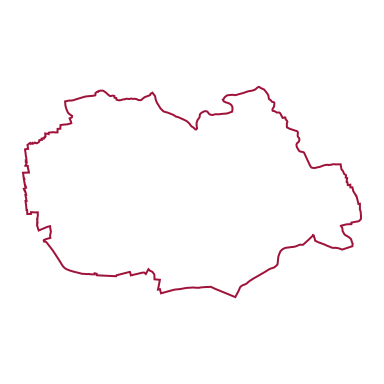 outline of Sawaeng Ha, Ang Thong, Thailand
{"feature_id": "78962969B63789793815437", "entity_name": "Sawaeng Ha", "entity_type": "district", "adm_level": 2, "iso_a3": "THA", "parent_name": "Thailand", "parent_adm1": "Ang Thong", "projection": "albers", "projection_center": [100.286, 14.749], "detail": "fine", "context": "isolated", "style": "outline", "palette": "rose", "viewbox_px": 384, "rotation_deg": 0, "n_neighbors": 0, "source": "geoboundaries", "source_scale": "gbopen_adm2", "svg_char_len": 5836}
<svg xmlns="http://www.w3.org/2000/svg" viewBox="0 0 384 384"><path d="M25.1,149.3L25.1,150.4L25.5,152.5L25.8,155.5L26.3,157.9L26.4,158.7L26.5,161.2L25.8,160.8L25.8,162.2L26.0,162.4L26.7,162.5L26.4,163.7L25.4,165.7L27.8,166.0L27.8,167.2L27.9,167.8L28.9,171.9L28.5,172.1L28.7,172.6L23.0,172.7L23.3,174.3L23.4,176.3L24.3,178.8L23.8,178.8L25.0,185.5L25.3,185.3L26.1,187.7L23.8,188.8L24.8,191.1L25.1,190.9L26.2,194.8L25.4,194.9L26.3,199.5L26.6,200.9L25.5,201.0L26.2,206.1L26.5,210.0L27.1,210.0L27.3,214.0L31.1,213.9L31.1,212.1L36.4,212.5L36.7,212.3L37.8,212.3L37.8,215.8L37.5,217.6L37.4,219.3L37.1,219.3L37.5,222.5L37.1,222.5L37.3,225.5L37.1,225.5L38.7,230.5L45.8,227.5L47.0,226.9L50.1,226.2L50.2,227.7L50.9,231.7L50.2,234.8L50.1,236.1L50.3,238.0L48.5,238.4L46.1,239.1L43.9,240.0L43.7,240.3L44.1,241.6L45.3,241.6L45.7,241.8L46.2,242.1L46.7,242.6L52.9,250.6L60.3,262.0L61.8,264.6L63.3,266.7L64.7,268.0L65.5,268.6L66.8,269.3L68.9,270.2L72.7,271.4L82.6,273.9L84.7,273.9L86.4,274.1L89.1,274.0L90.6,274.3L94.5,274.3L94.6,273.3L95.4,273.4L96.8,273.9L96.7,275.1L96.9,275.3L115.9,276.2L116.2,276.2L116.5,275.3L116.7,275.2L129.8,271.9L130.0,272.0L130.9,275.4L142.6,272.6L144.3,272.6L145.8,274.0L148.5,269.2L149.8,270.6L152.3,271.8L152.6,272.1L154.1,274.1L154.4,275.2L154.5,279.3L159.9,279.8L158.0,289.6L159.9,289.1L161.0,293.3L174.2,289.7L176.7,289.4L179.9,289.1L186.6,287.9L193.3,287.5L195.4,287.7L198.8,287.8L201.1,287.4L204.8,287.1L209.9,286.9L210.8,286.8L215.3,288.9L235.3,297.1L238.5,291.1L240.1,287.3L241.4,286.0L242.5,285.3L245.4,284.2L246.6,283.6L248.1,282.2L249.9,280.8L253.5,278.5L264.5,272.2L269.8,268.9L274.1,267.5L276.1,265.9L277.4,264.5L277.6,263.6L278.3,257.1L278.7,255.6L279.5,253.4L280.5,251.2L281.7,250.0L282.5,249.3L283.8,248.6L285.0,248.0L285.9,247.8L289.0,247.4L291.0,247.1L293.4,246.9L295.4,246.5L299.6,244.8L300.6,244.7L302.6,244.8L303.1,244.7L308.2,240.1L312.7,235.8L312.9,235.1L313.7,235.4L313.9,235.7L314.1,237.1L314.2,237.5L314.6,238.0L315.0,240.2L315.1,240.6L315.5,240.9L318.5,242.3L324.7,244.6L327.0,245.7L329.6,246.7L331.6,247.6L333.5,247.9L335.8,247.8L338.2,248.2L341.1,249.1L342.1,249.6L352.4,246.2L352.6,244.3L352.6,243.3L352.0,242.3L351.7,241.3L351.1,239.2L349.2,237.4L345.2,235.0L344.4,234.3L342.6,231.0L342.4,228.5L342.1,227.6L341.7,226.9L340.9,226.1L340.8,225.9L341.0,225.7L346.3,224.4L348.6,224.2L351.4,224.2L351.5,223.9L351.3,222.9L351.4,222.6L358.7,221.2L359.3,220.8L360.7,219.3L360.9,219.0L361.0,216.0L360.6,211.3L359.9,209.5L359.9,203.7L358.4,203.9L357.9,201.6L356.8,197.1L356.2,195.7L356.0,195.8L355.2,194.2L353.3,191.2L352.4,187.3L350.3,187.3L350.3,184.7L348.0,185.2L347.8,185.1L347.4,182.1L346.7,182.0L346.7,180.7L347.2,178.1L345.7,177.6L346.0,175.9L345.9,175.0L344.3,174.1L342.8,170.8L341.5,169.4L340.6,164.3L335.6,164.4L334.3,164.2L331.6,164.5L331.2,164.8L329.9,164.8L328.3,165.1L327.8,164.8L325.8,164.9L323.4,165.5L320.6,166.6L319.3,167.0L317.1,167.4L314.8,168.0L314.1,168.0L312.3,167.8L311.6,167.6L311.2,167.3L310.8,166.8L309.8,165.1L304.1,152.8L303.7,152.3L303.3,152.2L299.6,151.3L299.0,150.7L297.1,147.6L296.6,146.2L296.5,145.6L296.5,144.4L296.7,143.9L297.1,143.2L298.8,141.7L299.3,140.5L299.4,139.4L299.2,138.4L298.1,136.9L297.7,136.2L297.7,134.5L297.9,132.9L297.8,132.3L297.5,131.5L297.3,131.3L289.5,128.7L287.0,127.4L286.9,127.0L286.8,123.8L287.0,122.9L287.3,122.2L287.4,121.8L286.9,120.7L285.7,119.4L285.3,117.5L284.7,117.3L283.0,118.0L282.6,117.9L282.3,117.4L280.4,113.5L279.6,112.7L279.1,112.5L276.7,112.5L274.7,111.2L272.7,110.8L272.5,110.4L272.5,109.3L272.8,108.4L273.7,107.3L274.0,106.4L274.4,104.0L274.4,103.2L274.3,102.7L273.8,102.2L272.0,101.8L270.5,100.0L269.6,99.5L269.0,99.0L268.8,98.4L268.5,96.2L268.3,95.4L267.3,93.6L264.7,90.2L263.9,89.4L261.0,88.2L259.9,87.4L259.1,86.9L258.7,86.9L257.4,87.6L255.2,89.5L252.8,90.5L248.2,91.3L242.6,93.2L239.5,94.0L236.1,95.0L235.0,95.2L233.3,94.8L230.9,94.9L227.6,95.3L226.9,95.5L226.3,95.9L224.5,97.4L223.6,99.1L222.8,99.6L223.3,100.7L224.1,101.5L225.9,102.4L227.3,102.8L228.1,103.0L229.8,103.8L231.1,104.8L231.6,105.4L232.1,106.3L232.5,107.6L232.4,110.0L232.1,111.7L227.0,113.5L222.7,113.8L218.6,114.3L215.6,114.2L212.4,115.0L211.0,114.8L209.8,114.4L208.9,113.7L207.5,111.8L207.0,111.5L206.0,111.2L205.4,111.2L204.4,111.3L203.8,111.5L201.2,113.0L200.2,114.0L199.9,114.5L199.8,115.0L199.7,116.7L199.1,118.0L197.6,120.0L196.8,122.0L196.6,123.1L196.6,125.5L197.0,128.4L196.7,129.0L196.0,129.5L195.0,129.1L193.4,127.5L191.4,126.3L189.3,123.5L187.4,121.7L186.1,120.8L183.9,119.7L178.6,117.3L175.7,116.5L174.4,115.5L173.6,115.0L167.7,112.6L165.3,112.0L164.0,111.6L163.0,111.0L160.4,108.3L157.5,103.6L157.0,102.8L155.8,100.0L155.1,96.3L154.5,95.3L153.1,93.7L152.5,92.7L150.5,93.8L150.3,94.7L150.0,95.2L144.6,97.2L143.0,98.4L141.7,99.7L140.8,100.1L139.4,100.2L138.4,100.0L137.8,99.8L137.0,99.3L135.8,98.9L132.7,98.9L131.0,98.5L129.3,99.1L128.1,98.9L126.5,98.7L125.0,99.2L122.7,99.5L121.0,100.1L119.7,100.2L119.1,100.4L116.5,99.7L116.2,98.0L114.5,97.7L114.3,95.9L112.4,95.6L111.0,96.0L110.1,96.1L107.6,94.3L106.4,92.9L103.1,90.7L100.3,90.6L100.0,90.8L99.2,91.0L98.4,91.1L98.2,91.2L98.1,91.8L96.8,92.0L95.4,93.2L95.4,95.2L95.2,95.4L94.2,95.5L93.7,95.7L85.5,96.5L77.0,99.0L73.4,100.2L71.3,100.6L69.8,100.5L68.9,100.6L65.1,101.4L65.4,105.4L66.0,107.8L66.8,110.1L67.9,112.5L68.4,113.1L69.5,114.2L72.0,115.8L71.9,117.3L70.6,118.0L69.6,118.4L70.2,120.0L70.8,121.1L71.3,123.2L69.7,123.7L66.9,124.4L63.8,124.6L60.5,125.1L60.3,128.7L57.6,128.9L57.5,132.4L54.9,132.4L53.0,132.2L48.9,132.6L48.7,132.9L48.6,134.1L47.7,133.8L45.2,133.5L45.5,136.2L45.2,136.2L45.0,137.3L44.1,137.5L44.0,138.5L43.5,138.6L43.4,138.2L41.6,138.6L41.8,139.9L39.3,140.2L39.2,141.7L37.8,142.8L36.6,143.3L35.0,142.6L34.8,143.0L34.0,143.2L32.9,143.7L32.5,142.9L30.8,143.9L30.2,142.9L29.8,143.1L27.5,144.9L28.1,148.9L27.4,148.9L25.1,149.3Z" fill="none" stroke="#9f1239" stroke-width="2"/></svg>